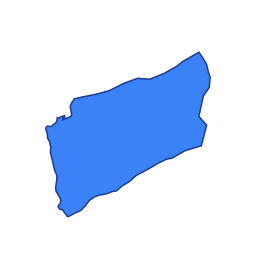 an SVG outline of Al Qubbah, rotated 240°
{"feature_id": "LBY-2986", "entity_name": "Al Qubbah", "entity_type": "Municipality", "adm_level": 1, "iso_a3": "LBY", "parent_name": "Libya", "parent_adm1": "", "projection": "robinson", "projection_center": [22.615, 31.87], "detail": "fine", "context": "isolated", "style": "filled", "palette": "blue", "viewbox_px": 256, "rotation_deg": 240, "n_neighbors": 0, "source": "natural_earth", "source_scale": "10m", "svg_char_len": 1253}
<svg xmlns="http://www.w3.org/2000/svg" viewBox="0 0 256 256"><g transform="rotate(240 128 128)"><path d="M81.5,31.3L90.1,30.3L90.5,30.0L91.3,28.7L91.7,28.4L93.4,28.1L94.3,28.0L95.2,28.4L95.8,28.9L95.9,29.4L95.9,30.0L96.2,31.0L98.7,33.6L101.9,34.2L109.0,34.1L112.1,35.2L119.7,41.1L121.3,42.0L122.6,42.6L124.0,42.9L127.7,43.2L145.8,48.7L150.1,51.6L151.5,52.0L152.3,52.1L154.9,53.2L156.0,53.3L158.7,53.2L160.4,53.7L163.7,55.4L167.2,56.0L168.7,56.6L169.7,57.6L169.9,58.9L169.4,59.8L168.1,61.5L167.8,62.4L168.6,68.0L169.3,69.5L170.5,70.6L172.1,71.6L171.5,73.4L170.5,79.2L169.0,78.6L169.2,77.7L169.0,76.9L168.5,76.2L167.8,75.4L166.7,83.1L166.8,84.9L167.9,85.9L172.7,87.8L174.4,88.1L175.7,88.9L177.2,90.7L178.5,92.7L179.5,95.5L180.1,95.8L180.0,96.4L177.5,104.6L173.7,115.6L169.8,130.0L168.8,146.7L166.2,161.2L159.4,171.2L157.2,187.0L157.1,201.2L158.2,208.1L158.2,227.3L151.9,227.8L144.2,228.0L136.3,225.6L130.8,224.5L122.4,218.5L118.1,209.3L108.6,200.6L102.6,195.2L91.1,197.5L75.9,182.5L78.3,172.7L79.8,165.9L79.9,150.9L81.7,145.8L82.5,135.5L82.3,126.1L82.8,111.2L80.9,102.6L80.8,94.5L79.3,86.3L80.7,83.3L81.8,76.5L84.1,69.8L85.1,64.7L84.5,57.8L82.1,52.7L80.2,45.8L80.9,38.1L81.1,32.4L81.5,31.3Z" fill="#3b82f6" stroke="#1e3a8a" stroke-width="1.5"/></g></svg>